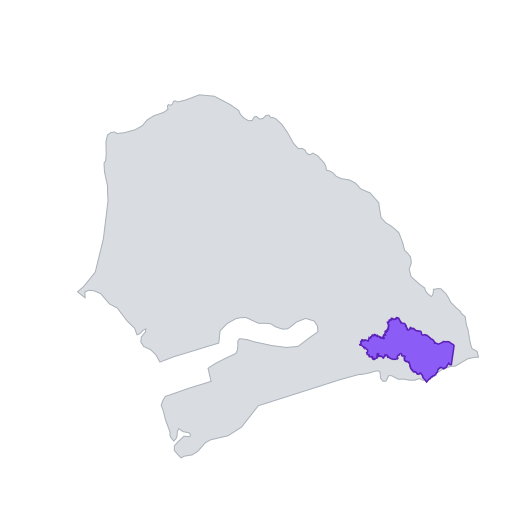 Kedougou, Kédougou, Senegal (highlighted), rotated 342°
{"feature_id": "50182788B85082652306110", "entity_name": "Kedougou", "entity_type": "district", "adm_level": 2, "iso_a3": "SEN", "parent_name": "Senegal", "parent_adm1": "Kédougou", "projection": "equal_earth", "projection_center": [-12.631, 12.759], "detail": "fine", "context": "in_parent", "style": "filled", "palette": "violet", "viewbox_px": 512, "rotation_deg": 342, "n_neighbors": 0, "source": "geoboundaries", "source_scale": "gbopen_adm2", "svg_char_len": 9000}
<svg xmlns="http://www.w3.org/2000/svg" viewBox="0 0 512 512"><g transform="rotate(342 256 256)"><path d="M383.7,230.6L389.2,243.3L388.1,249.4L386.8,258.3L389.9,264.8L393.6,269.0L396.2,272.9L399.1,278.2L399.6,288.9L399.1,296.6L401.0,300.0L402.6,304.4L402.2,308.1L401.2,311.3L397.7,315.6L397.1,323.6L402.8,333.3L406.5,338.5L406.5,341.5L407.5,344.8L410.2,348.7L411.9,347.8L413.7,344.6L414.5,342.5L419.5,343.4L421.8,344.4L425.0,350.7L426.1,355.0L426.9,360.2L430.2,366.8L433.1,371.5L433.7,374.4L436.2,378.3L434.7,387.1L434.9,391.5L433.1,403.3L432.7,408.8L432.9,410.9L436.8,415.0L436.4,421.0L432.4,419.9L425.5,419.2L411.7,422.3L406.9,421.1L397.9,421.5L391.4,423.2L383.2,427.0L376.8,426.1L373.4,423.0L368.9,423.2L363.7,421.6L358.3,418.7L353.3,417.2L348.0,411.8L345.5,410.8L343.7,412.2L342.2,414.1L340.7,415.2L337.8,414.2L336.7,410.5L337.6,407.0L337.9,404.3L336.5,402.8L333.2,402.3L327.9,402.3L319.4,401.2L317.5,400.5L298.4,399.6L278.6,399.5L261.9,399.4L240.7,399.3L225.8,399.2L211.9,399.1L201.2,406.3L189.5,414.2L173.9,418.3L156.0,416.8L150.2,417.9L144.3,421.4L139.9,423.9L133.7,425.4L125.7,424.2L122.4,424.9L120.5,421.3L118.2,415.6L119.7,411.3L124.5,408.6L131.9,405.1L135.7,406.9L138.0,407.0L138.4,404.7L137.7,403.5L132.2,400.4L129.3,396.3L126.9,398.7L124.9,403.7L123.2,405.2L120.6,406.6L119.2,403.2L118.7,399.9L119.8,397.3L119.3,383.0L120.0,375.3L119.7,368.6L123.2,364.2L126.5,361.5L139.3,361.3L151.3,361.0L162.8,361.2L174.5,361.3L175.7,348.0L179.4,346.9L185.0,345.5L195.3,343.9L206.8,342.4L209.3,339.7L211.2,335.3L212.4,331.3L214.8,329.6L218.1,331.0L222.3,333.1L226.6,336.3L231.6,339.3L235.0,341.2L243.0,345.9L256.7,352.4L268.0,355.0L281.7,350.2L291.5,347.2L292.8,341.4L291.2,335.8L283.9,330.7L273.9,331.3L270.9,332.6L266.2,334.3L263.4,335.0L258.7,333.8L252.7,329.4L249.0,324.9L243.7,322.8L237.5,320.7L227.6,311.5L222.4,309.9L217.4,309.4L207.9,311.2L198.7,316.1L193.7,327.3L184.5,327.1L164.8,326.8L146.7,326.4L131.8,327.2L130.3,319.1L126.9,312.7L121.1,307.2L119.9,302.1L121.9,297.6L127.5,294.0L128.7,291.3L125.8,291.7L121.4,294.1L118.5,294.2L118.2,287.2L113.4,278.1L108.0,262.7L101.9,256.4L96.7,243.9L91.3,239.1L86.4,236.9L82.1,237.4L80.5,243.0L75.2,234.9L82.5,231.9L98.1,221.7L116.2,192.4L132.4,157.6L134.5,149.5L136.5,143.2L137.9,129.1L140.2,120.6L142.4,119.0L145.1,112.6L148.5,101.2L152.2,95.0L156.3,93.7L159.6,94.3L161.8,96.6L168.6,98.0L179.7,98.6L188.3,96.9L194.4,93.0L202.4,91.0L212.4,90.9L217.6,89.3L218.1,86.0L219.4,85.0L221.5,86.3L223.4,85.8L225.2,83.5L227.1,83.4L228.9,85.3L237.1,85.9L251.9,85.2L265.6,91.1L278.1,103.8L284.5,112.3L284.9,116.5L287.0,120.8L290.7,125.1L294.2,125.9L297.3,123.2L299.7,123.5L301.5,126.8L305.1,127.4L309.0,125.4L311.9,126.1L312.4,128.1L313.1,129.1L315.0,129.6L317.6,132.1L321.2,138.8L324.1,148.2L326.4,160.3L329.4,166.9L333.2,168.0L335.4,170.5L335.8,173.3L336.9,175.3L338.7,176.4L341.9,175.7L345.6,179.8L349.6,188.7L350.2,192.7L349.6,194.8L349.8,196.4L352.5,197.9L355.0,200.8L357.0,205.2L361.5,209.1L368.3,212.5L373.2,217.5L376.2,224.3L382.4,230.0L383.7,230.6Z" fill="#d9dde1" stroke="#a8b0b8" stroke-width="1"/><path d="M371.2,358.2L370.7,358.0L370.4,358.3L370.2,358.2L369.9,358.5L369.8,359.1L369.5,359.1L369.4,358.8L368.9,359.1L368.6,358.8L368.0,359.2L367.5,359.0L367.4,358.7L367.0,358.4L366.8,357.7L366.3,357.7L366.0,358.0L365.8,357.3L365.7,357.1L365.3,357.1L365.2,357.4L365.2,358.1L365.0,358.3L364.6,358.3L364.6,358.6L363.8,358.3L363.5,358.4L363.1,358.1L362.9,358.5L362.7,359.3L362.3,359.4L362.0,359.7L361.7,359.3L361.4,359.8L361.1,360.0L360.5,359.8L360.7,361.4L360.5,362.1L360.9,362.4L360.8,362.7L360.6,362.8L360.6,363.7L360.5,363.8L360.3,363.7L359.8,364.3L359.9,365.3L359.2,365.4L359.1,366.4L358.3,366.3L357.9,366.4L357.9,367.1L358.1,367.3L358.0,367.8L357.6,368.0L357.3,368.1L356.9,367.6L356.3,367.4L356.1,367.4L356.1,368.1L355.8,367.8L355.5,367.7L355.3,368.6L355.6,369.5L355.5,369.3L355.1,369.2L354.6,369.4L354.7,370.9L354.4,370.7L353.7,370.8L353.2,370.6L353.2,370.8L353.4,371.1L352.6,371.1L352.4,371.3L352.4,371.7L352.8,372.4L352.4,372.0L352.1,372.3L352.0,372.9L352.6,373.7L352.4,374.0L351.7,374.0L351.3,372.7L350.9,372.3L350.3,373.0L350.1,372.9L350.0,372.6L349.3,372.5L349.5,371.9L349.2,371.5L348.9,371.8L348.6,371.7L348.4,370.7L347.2,369.7L346.8,370.3L346.4,370.1L346.3,369.6L346.5,369.0L346.2,369.1L345.8,368.6L345.3,368.7L345.2,368.5L345.3,367.7L345.6,367.4L344.6,367.9L344.3,367.3L344.2,367.4L343.4,368.2L342.9,367.5L342.6,367.8L342.3,367.8L342.0,367.2L341.9,367.3L341.8,367.6L341.2,368.2L340.2,368.3L340.1,368.5L340.2,368.9L340.0,369.3L338.8,369.2L338.4,368.6L338.1,369.3L337.5,369.6L337.3,370.1L337.2,370.5L336.8,371.2L336.3,371.5L335.7,370.9L335.4,370.5L334.5,370.1L334.0,369.6L333.3,369.4L333.0,369.8L332.4,369.4L332.2,369.8L331.6,369.7L331.7,369.2L331.3,368.6L330.9,368.8L330.9,369.4L330.7,369.5L330.4,369.4L330.3,369.0L329.8,369.7L329.5,369.6L329.1,369.8L329.2,370.0L329.1,370.3L329.2,370.6L329.1,370.8L329.2,371.0L329.0,371.4L328.6,371.8L328.3,371.8L327.6,372.5L327.3,372.4L327.3,372.7L327.5,373.0L328.9,373.4L329.3,374.5L330.0,375.5L330.3,376.6L330.5,376.1L330.9,376.2L331.7,377.3L332.1,378.6L332.5,379.1L332.9,379.4L333.1,380.8L332.5,381.3L332.3,381.9L331.7,382.3L330.8,381.9L331.5,382.5L331.4,384.1L331.9,384.3L333.0,385.1L333.1,385.4L333.1,385.5L332.5,386.1L332.7,386.9L333.3,387.0L334.0,387.5L335.4,387.5L335.7,388.2L335.7,388.7L335.0,388.9L335.0,389.2L335.4,389.8L335.2,390.1L335.3,390.2L336.1,390.8L336.4,391.0L336.7,390.8L336.7,389.7L336.9,390.4L337.2,390.8L338.5,390.3L339.4,390.5L339.7,390.4L340.0,390.1L339.7,389.5L339.7,389.0L340.4,388.5L340.8,387.0L341.3,386.4L342.2,386.6L342.3,386.8L342.1,387.2L341.4,388.1L341.4,389.1L341.8,389.6L342.3,389.6L342.5,389.3L342.5,388.9L342.9,389.1L343.8,390.3L344.3,390.2L344.9,390.5L345.2,392.1L345.6,392.5L345.8,392.4L346.6,391.5L346.9,391.4L347.3,391.0L347.8,391.0L347.7,390.7L348.2,389.9L348.4,389.8L348.9,390.3L349.8,390.4L350.0,390.7L349.9,391.7L350.0,393.1L350.4,393.0L350.7,392.3L350.8,392.4L351.1,393.6L352.6,395.4L354.9,396.9L355.7,396.9L356.7,397.4L357.7,397.1L358.2,397.5L358.5,397.6L359.4,397.0L359.4,396.7L359.1,395.9L359.4,395.0L359.9,394.8L360.4,394.3L361.5,394.5L361.7,394.3L362.0,393.6L362.8,393.6L363.5,393.4L363.8,393.6L364.2,394.6L363.8,395.5L363.9,396.0L364.8,396.6L365.7,396.6L365.9,396.8L365.9,397.4L366.1,397.9L366.4,397.9L366.3,398.0L365.9,397.9L365.7,398.1L365.8,398.6L365.5,399.0L365.6,399.4L365.5,399.6L365.2,399.6L365.2,400.2L365.0,401.1L365.4,401.3L365.3,401.6L365.4,401.8L365.6,401.8L365.6,402.3L366.0,402.7L366.3,402.4L366.8,403.1L367.1,403.2L367.3,403.1L367.6,403.6L367.8,403.4L368.1,403.6L368.2,404.5L368.5,404.4L368.3,404.9L368.7,405.6L368.8,406.8L368.7,407.6L368.3,407.9L368.2,408.2L368.4,408.4L368.4,409.1L368.5,409.1L368.7,409.7L368.6,410.1L368.4,410.2L368.4,410.7L368.6,411.4L368.9,411.6L368.8,412.2L369.0,412.4L369.3,412.5L369.2,412.6L369.2,413.3L369.3,413.4L369.8,414.0L369.8,414.7L369.9,414.8L370.1,414.6L370.6,414.6L371.2,414.9L371.2,415.5L371.4,415.5L371.6,415.7L372.1,415.6L372.5,416.6L372.7,417.8L373.0,417.8L373.1,418.1L373.5,418.1L373.6,418.5L373.9,418.5L374.0,418.7L375.1,418.6L375.3,418.1L375.5,418.0L376.4,418.2L376.8,419.2L376.7,419.8L377.0,420.0L377.3,420.7L377.2,421.5L377.5,421.8L377.1,422.5L377.3,423.6L377.6,424.1L378.3,425.9L378.8,426.4L378.9,427.6L379.3,428.6L383.0,426.3L383.8,426.4L384.2,425.9L385.7,425.0L386.2,425.4L386.7,425.1L387.1,424.7L387.6,424.6L387.9,424.9L388.2,425.0L389.3,424.5L390.1,424.5L390.2,424.0L391.3,423.4L391.6,422.8L392.7,422.4L393.8,420.3L394.2,420.0L394.6,420.1L395.0,419.9L395.2,419.5L395.7,419.5L396.0,419.2L396.5,419.3L396.9,418.9L397.3,419.4L398.1,419.3L399.0,420.6L399.4,420.7L399.7,421.3L400.0,421.3L400.5,421.2L400.8,420.9L401.6,420.6L401.9,420.8L402.6,420.5L406.3,417.4L406.8,419.2L407.7,419.7L408.2,419.7L415.9,404.1L416.7,402.2L415.9,400.9L414.0,398.7L413.4,397.6L412.6,397.0L408.4,395.6L407.8,395.2L407.6,395.5L407.0,395.7L406.5,395.6L404.3,396.1L402.1,396.1L401.7,395.9L401.1,395.1L400.4,394.7L400.2,394.7L399.5,394.2L398.9,394.1L398.9,393.8L399.5,393.4L399.0,392.6L398.9,391.6L398.7,391.0L398.5,390.9L398.1,389.9L397.7,389.7L397.3,389.2L396.8,389.0L396.4,388.3L396.4,387.8L396.0,387.4L395.3,386.0L394.9,385.8L394.8,385.4L394.3,384.4L393.9,384.0L393.0,384.0L392.7,383.2L392.1,382.9L390.8,382.9L389.9,382.7L389.5,381.7L389.4,381.0L389.6,379.1L388.8,378.0L387.5,377.9L387.2,377.7L387.2,377.3L386.9,377.1L385.6,376.8L385.1,376.1L384.6,375.9L384.4,375.1L384.0,374.9L383.8,373.8L383.1,373.4L382.6,373.5L382.4,373.2L382.0,373.3L381.8,372.8L381.4,372.8L381.1,371.9L380.9,371.7L380.2,372.2L380.1,372.9L379.5,372.8L378.6,373.5L377.8,373.6L377.0,372.8L376.9,372.7L377.0,372.1L377.3,372.0L377.5,371.8L377.2,371.2L377.2,370.0L376.9,369.4L377.1,368.9L376.7,368.9L377.0,368.3L376.9,367.9L376.9,367.1L376.2,365.9L375.4,365.6L375.0,365.6L374.3,365.0L373.4,364.6L373.4,364.4L373.6,363.7L373.4,363.6L373.2,363.7L373.2,363.0L372.8,362.6L373.0,361.9L372.8,361.1L372.6,360.9L372.7,360.2L372.3,359.8L372.4,359.2L372.0,359.2L371.8,358.8L371.2,358.7L371.2,358.2Z" fill="#8b5cf6" stroke="#5b21b6" stroke-width="1.5"/></g></svg>